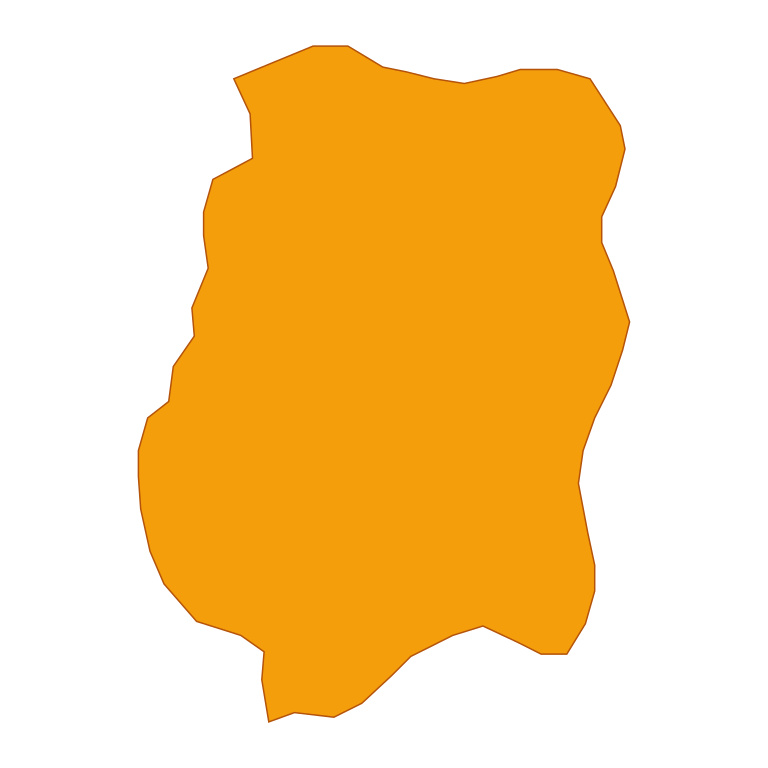 outline of Pileri, Cyprus
{"feature_id": "46923920B51203162214587", "entity_name": "Pileri", "entity_type": "district", "adm_level": 2, "iso_a3": "CYP", "parent_name": "Cyprus", "parent_adm1": "", "projection": "mercator", "projection_center": [33.212, 35.289], "detail": "fine", "context": "isolated", "style": "filled", "palette": "amber", "viewbox_px": 768, "rotation_deg": 0, "n_neighbors": 0, "source": "geoboundaries", "source_scale": "gbopen_adm2", "svg_char_len": 840}
<svg xmlns="http://www.w3.org/2000/svg" viewBox="0 0 768 768"><path d="M268.8,721.9L294.4,712.6L333.9,717.2L361.9,703.2L392.1,675.1L410.8,656.4L452.7,635.4L482.9,626.0L517.9,642.4L541.1,654.1L566.8,654.1L585.4,623.7L594.7,591.0L594.7,565.2L587.7,532.5L578.4,483.4L583.1,450.6L594.7,417.9L611.0,385.2L622.6,350.1L629.6,322.0L613.3,270.6L601.7,242.5L601.7,216.8L615.6,186.4L625.0,149.0L620.3,125.6L590.0,78.8L557.4,69.5L520.2,69.5L496.9,76.5L464.3,83.5L434.1,78.8L406.1,71.8L382.8,67.1L347.9,46.1L313.0,46.1L273.4,62.4L233.8,78.8L250.1,113.9L252.5,158.3L212.9,179.4L203.6,212.1L203.6,235.5L208.2,268.2L191.9,308.0L194.3,336.1L173.3,366.5L168.7,401.5L147.7,417.9L138.4,450.6L138.4,476.4L140.7,509.1L150.0,551.2L164.0,583.9L196.6,621.4L240.8,635.4L264.1,651.8L261.8,679.8L268.8,721.9Z" fill="#f59e0b" stroke="#b45309" stroke-width="1.5"/></svg>